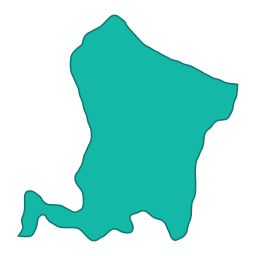 outline of Las Salinas, Barahona, Dominican Republic
{"feature_id": "3306468B53490324555446", "entity_name": "Las Salinas", "entity_type": "district", "adm_level": 2, "iso_a3": "DOM", "parent_name": "Dominican Republic", "parent_adm1": "Barahona", "projection": "robinson", "projection_center": [-71.348, 18.237], "detail": "fine", "context": "isolated", "style": "filled", "palette": "teal", "viewbox_px": 256, "rotation_deg": 0, "n_neighbors": 0, "source": "geoboundaries", "source_scale": "gbopen_adm2", "svg_char_len": 3434}
<svg xmlns="http://www.w3.org/2000/svg" viewBox="0 0 256 256"><path d="M237.6,84.3L228.9,83.4L225.9,82.8L224.1,82.1L220.0,80.0L218.2,79.4L214.4,78.5L212.5,77.9L207.7,75.1L204.1,73.5L199.4,70.5L195.8,68.8L191.0,66.1L189.1,65.5L184.3,64.3L182.6,63.6L178.5,61.5L176.6,60.9L172.8,60.0L170.9,59.4L166.0,56.7L162.5,55.0L157.8,52.1L154.2,50.5L149.4,47.5L146.6,46.2L145.1,45.3L143.6,44.1L142.1,42.8L133.7,33.7L128.3,27.6L127.1,26.0L126.1,24.3L125.0,21.8L118.7,16.9L117.2,15.9L116.3,15.6L115.3,15.4L113.4,15.4L112.5,15.6L110.7,16.6L108.5,18.6L102.7,24.7L100.3,26.7L98.6,27.7L95.1,29.4L91.1,31.7L88.5,32.9L87.7,33.4L86.2,34.6L85.0,36.0L84.1,37.6L83.4,39.5L82.6,43.2L81.8,44.8L80.5,45.9L78.4,47.4L77.0,48.6L74.2,51.4L72.9,53.0L71.9,54.6L71.1,56.6L70.9,57.8L70.5,61.3L70.4,64.8L70.6,68.4L71.2,71.9L71.9,73.9L74.0,78.3L75.5,82.1L78.1,87.4L78.6,89.5L79.4,93.6L80.0,95.7L82.2,101.1L82.8,103.1L83.8,108.3L84.4,110.2L86.4,114.7L86.9,116.7L87.8,120.9L88.3,122.9L90.7,128.3L91.2,130.4L91.4,132.5L91.5,136.9L91.2,139.1L90.7,141.2L89.9,143.0L88.2,146.5L86.6,150.3L84.1,155.6L83.6,157.6L82.5,162.8L81.8,164.7L78.3,171.2L75.9,174.3L75.6,175.1L75.1,176.9L75.1,178.9L75.2,179.9L75.7,181.9L76.2,182.9L77.3,184.7L81.2,189.9L82.2,191.8L82.9,194.0L83.4,197.5L83.5,202.2L83.2,205.6L82.6,207.6L82.1,208.5L81.4,209.2L80.0,210.2L77.9,211.4L76.4,212.0L75.6,212.2L74.0,212.2L72.5,211.6L66.8,208.7L62.8,206.4L61.0,205.6L57.8,205.1L51.3,204.8L49.2,204.6L47.1,204.1L46.2,203.7L44.6,202.7L43.3,201.4L42.2,199.9L40.9,197.6L39.7,196.3L34.7,192.5L33.1,191.6L31.3,191.1L29.4,191.0L27.6,191.3L26.8,191.7L26.1,192.4L25.5,193.2L25.1,194.2L24.7,196.2L24.6,198.3L24.7,206.5L24.5,210.0L23.9,213.3L21.9,218.6L21.7,220.5L21.9,222.4L22.9,226.4L22.8,228.1L22.6,228.9L21.9,230.5L20.4,233.0L18.4,236.0L23.8,236.5L27.8,236.5L30.6,236.0L32.1,235.1L33.3,233.7L36.2,227.9L36.7,225.9L37.7,219.8L38.4,217.9L39.5,216.4L40.8,215.3L41.6,214.9L42.5,214.7L43.3,214.7L44.2,214.9L44.9,215.4L45.5,215.9L47.7,219.4L49.5,221.4L51.1,222.5L57.6,226.3L59.5,227.0L61.6,227.4L64.8,227.6L73.4,227.6L75.6,227.8L77.6,228.3L79.6,229.2L81.3,230.6L82.9,232.1L87.5,237.1L89.9,239.3L91.7,240.3L92.6,240.6L94.6,240.6L95.5,240.5L97.2,239.8L100.2,237.9L103.7,236.1L105.3,234.8L109.9,230.6L111.6,229.5L112.5,229.1L114.4,228.9L116.3,229.1L117.9,229.8L121.0,231.6L122.9,232.2L124.8,232.6L126.7,232.8L128.6,232.8L130.3,232.4L131.2,231.9L131.9,231.3L132.4,230.4L132.8,229.5L133.0,227.6L132.8,225.7L132.2,223.8L130.7,220.7L130.0,219.2L129.9,217.4L130.1,216.5L130.5,215.7L131.1,215.0L132.5,214.2L136.7,213.0L140.6,211.2L142.5,210.8L143.4,210.8L145.3,211.1L147.1,212.1L151.8,216.1L154.4,217.8L156.2,218.5L160.8,219.8L161.7,220.2L163.3,221.2L164.6,222.6L165.7,224.2L167.6,228.9L169.3,232.4L170.6,236.0L171.5,237.7L172.6,239.0L174.1,240.0L174.9,240.2L176.5,240.0L181.1,237.9L182.7,237.0L184.2,235.8L185.4,234.3L186.4,232.5L186.8,231.6L188.3,224.4L190.5,219.0L191.1,215.6L191.5,207.4L191.8,203.9L192.0,202.8L192.7,200.8L194.6,196.3L195.1,194.1L195.4,191.8L195.6,188.3L195.6,182.3L195.2,171.5L195.6,165.1L196.1,161.8L196.8,159.9L198.9,155.5L200.4,151.7L202.1,148.2L202.8,146.4L203.5,143.0L204.2,136.0L204.5,134.9L205.2,132.9L206.3,131.3L207.5,130.0L210.8,127.3L212.8,124.4L213.9,123.0L216.0,121.3L216.9,120.9L218.9,120.2L224.0,119.7L225.9,119.3L227.6,118.4L228.8,117.0L231.0,113.1L232.2,110.4L232.8,108.4L233.5,104.2L234.0,102.2L235.9,97.7L236.5,95.8L237.0,92.5L237.6,84.3Z" fill="#14b8a6" stroke="#0f766e" stroke-width="1.5"/></svg>